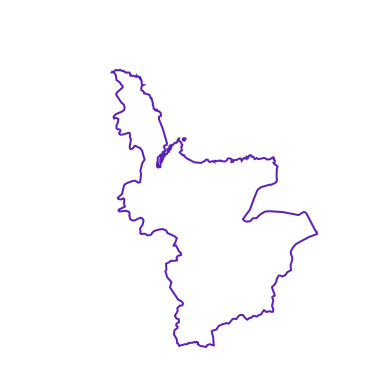 the district of Kutai Timur, Kalimantan Timur, Indonesia, rotated 240°
{"feature_id": "22746128B75924443266043", "entity_name": "Kutai Timur", "entity_type": "district", "adm_level": 2, "iso_a3": "IDN", "parent_name": "Indonesia", "parent_adm1": "Kalimantan Timur", "projection": "orthographic", "projection_center": [118.078, 0.931], "detail": "fine", "context": "isolated", "style": "outline", "palette": "violet", "viewbox_px": 384, "rotation_deg": 240, "n_neighbors": 0, "source": "geoboundaries", "source_scale": "gbopen_adm2", "svg_char_len": 6063}
<svg xmlns="http://www.w3.org/2000/svg" viewBox="0 0 384 384"><g transform="rotate(240 192 192)"><path d="M65.2,104.0L63.6,110.0L62.9,111.2L62.6,112.6L63.0,113.3L61.1,117.4L61.0,118.9L60.0,119.7L60.2,120.7L58.5,122.0L57.3,120.9L54.5,122.3L50.8,126.7L51.8,129.0L51.3,131.2L48.3,134.2L55.8,137.8L61.0,139.1L61.7,140.1L60.7,144.4L62.6,147.9L62.5,150.9L61.2,156.5L59.8,157.6L59.7,158.4L61.6,163.4L61.6,164.3L59.8,167.0L61.3,170.1L61.4,172.3L60.0,174.5L55.3,175.3L53.7,176.3L54.2,178.8L53.4,180.7L54.0,182.1L53.7,183.9L51.7,185.8L52.0,188.7L51.4,190.4L53.7,195.0L53.0,195.7L51.1,196.2L49.9,199.6L48.2,201.3L47.9,202.4L49.7,203.7L53.2,204.3L57.5,208.2L60.7,208.8L61.1,209.8L60.9,211.6L61.5,212.2L69.0,213.4L69.8,214.0L70.6,217.5L72.5,220.4L74.5,222.1L76.2,225.2L75.8,226.5L73.7,228.0L73.4,231.2L74.9,234.5L74.8,238.6L79.2,240.7L83.1,244.8L84.8,246.0L88.8,246.7L91.0,247.7L93.4,251.4L94.9,256.0L94.9,260.3L94.6,270.2L93.1,279.3L95.1,280.0L95.2,279.6L99.5,279.6L116.4,280.4L117.7,279.9L118.6,279.1L118.9,277.7L118.7,272.8L129.3,260.5L136.3,250.0L138.5,245.7L138.5,239.8L137.1,234.8L138.8,231.6L137.6,227.8L139.1,224.3L141.7,222.6L143.1,222.6L147.8,233.5L155.1,242.1L160.3,248.8L161.3,250.7L161.6,254.5L159.5,262.9L158.8,263.8L158.2,268.1L158.6,270.2L160.3,271.8L162.7,272.8L169.2,276.7L171.5,278.9L175.2,277.3L176.5,277.2L176.3,278.3L177.5,279.4L179.3,279.0L179.6,279.8L181.5,279.8L181.4,276.0L182.7,273.1L184.8,272.2L185.5,271.2L187.3,265.8L189.1,265.0L189.1,262.7L191.1,262.5L191.5,262.8L192.8,262.0L192.9,261.3L194.2,261.5L194.9,260.7L194.8,259.1L193.8,258.4L195.1,257.0L193.9,256.8L194.4,256.4L193.8,256.0L194.2,255.9L194.0,255.2L195.5,254.2L194.3,250.9L195.2,251.4L194.7,250.8L195.3,250.7L195.7,251.4L196.2,251.3L197.3,249.7L197.4,247.0L198.6,244.1L198.1,243.4L198.4,242.8L197.7,242.5L198.5,241.5L197.3,241.2L198.6,241.1L199.6,242.2L199.2,242.9L200.3,242.9L202.1,241.7L202.8,240.5L203.1,239.7L202.1,238.1L201.9,236.2L202.3,234.9L205.2,232.1L204.9,231.6L206.1,230.3L206.5,228.3L207.7,227.4L207.6,226.0L207.3,226.0L208.5,225.1L209.0,222.5L210.0,221.9L212.3,221.7L212.6,221.3L212.9,219.8L212.5,218.9L212.6,214.6L216.5,208.9L223.7,204.3L226.5,203.4L228.2,203.7L228.5,204.1L228.0,202.8L228.5,202.3L232.3,201.1L232.9,202.1L233.0,204.0L236.6,205.3L236.9,206.4L237.8,207.2L238.9,206.9L239.8,207.3L243.4,206.5L243.5,204.8L242.6,204.4L242.4,203.1L243.3,201.7L242.4,199.6L242.6,199.0L241.7,196.7L240.2,195.6L239.3,193.2L238.3,192.1L238.5,190.6L237.5,189.3L237.8,187.2L237.0,186.7L236.5,184.8L235.8,184.4L235.2,183.2L235.2,182.3L234.8,181.8L233.7,181.7L233.2,180.7L233.6,180.5L233.8,180.9L233.9,180.1L233.0,180.1L232.7,179.1L231.2,178.3L231.0,177.6L229.7,176.7L230.5,177.9L229.4,177.0L230.1,176.1L230.0,175.1L231.0,174.5L233.3,175.2L235.8,177.6L239.0,179.6L239.3,181.9L240.1,183.4L239.6,185.3L241.2,186.5L241.0,187.8L241.4,189.2L242.6,190.0L245.2,190.3L245.9,191.3L245.5,193.7L246.7,194.7L260.9,198.2L271.5,199.8L273.6,201.0L273.5,203.3L276.2,204.3L278.5,203.7L279.7,202.5L280.8,202.6L280.4,201.6L281.7,200.8L282.4,201.2L283.3,200.4L286.0,201.7L286.8,201.4L288.2,202.4L293.3,203.8L293.8,203.8L293.9,203.1L297.5,203.7L301.5,199.8L302.2,200.3L303.4,200.2L305.5,199.1L307.4,200.0L308.9,201.5L308.9,203.4L309.4,202.7L310.7,202.4L313.9,204.1L316.4,204.1L316.1,203.6L317.3,203.5L317.6,203.7L316.6,204.4L317.4,204.5L319.4,202.8L319.3,201.9L320.6,202.0L320.1,201.3L320.3,200.6L321.6,199.7L323.2,197.3L323.8,197.5L324.1,196.9L325.4,197.6L326.8,197.4L327.3,196.4L328.1,195.8L327.4,196.2L328.1,194.7L329.0,194.5L329.3,193.8L331.0,193.4L332.0,191.8L333.7,190.9L333.9,190.3L333.6,190.5L334.6,188.3L335.9,186.6L335.1,184.7L335.2,183.8L336.1,183.2L335.7,182.4L335.0,183.7L333.8,184.3L331.5,184.5L326.7,182.6L323.1,184.3L320.5,184.3L318.4,184.9L317.5,184.5L317.0,183.3L315.9,177.4L314.8,175.3L313.9,175.0L305.1,175.5L301.7,176.6L299.1,176.0L297.0,174.4L296.6,172.1L297.5,164.8L296.4,161.7L294.7,161.2L294.1,163.4L292.0,164.7L289.4,162.7L287.4,159.9L285.0,158.5L283.4,159.0L282.3,160.7L281.2,160.9L280.3,160.2L279.5,158.2L278.4,158.2L277.3,158.8L276.3,160.9L275.0,166.7L274.4,167.4L272.7,167.0L270.3,165.5L268.1,165.5L262.6,160.8L261.0,160.1L259.8,160.3L259.4,161.4L259.6,163.5L260.5,164.8L260.5,165.8L255.9,169.0L252.6,169.4L243.7,167.1L241.8,163.3L236.6,158.3L235.3,157.5L233.3,157.1L226.5,152.0L226.9,150.2L230.3,148.3L231.2,146.2L232.2,140.3L232.2,137.6L231.4,136.1L225.2,130.4L224.1,124.9L222.7,124.8L221.7,125.9L220.8,127.4L220.8,129.4L220.0,129.8L218.7,129.4L216.3,127.3L212.9,126.6L213.3,119.6L212.2,119.1L211.3,119.6L208.8,125.3L206.4,127.5L204.2,127.1L203.1,126.0L199.4,124.9L197.3,126.1L196.1,127.8L195.6,134.4L194.4,135.5L192.5,135.9L191.4,135.7L188.3,132.8L186.5,129.1L185.7,128.4L183.5,127.7L182.1,126.6L181.1,126.9L179.8,129.8L178.8,130.9L177.6,131.2L176.3,132.3L175.7,134.2L175.6,135.6L176.6,137.2L177.1,139.3L176.5,143.1L174.7,147.9L172.5,149.8L171.2,150.4L168.8,150.2L162.6,154.7L159.7,155.8L156.3,152.0L155.6,150.1L154.7,149.3L153.6,151.4L147.2,151.1L144.5,151.8L143.0,151.2L143.7,147.6L142.9,145.8L140.3,144.9L141.1,142.6L143.0,139.3L142.6,137.3L142.9,133.7L137.7,131.1L136.6,129.3L130.4,127.9L124.3,129.2L120.4,125.2L105.6,126.2L102.9,128.1L101.0,128.6L99.9,128.4L98.9,127.4L98.9,126.1L99.7,124.5L98.7,121.2L96.0,120.0L93.4,115.3L90.2,115.3L88.5,116.9L85.8,115.6L85.7,112.9L85.3,112.3L84.4,111.6L82.6,112.2L81.6,111.6L81.1,107.7L77.8,105.2L72.4,105.2L68.4,103.6L67.5,104.2L65.2,104.0ZM236.2,180.9L234.4,179.8L234.3,180.5L235.3,181.9L235.8,183.9L236.6,184.8L237.7,186.9L238.4,187.6L238.9,187.6L239.3,187.4L238.1,184.2L238.4,183.7L237.0,181.9L236.0,181.3L236.2,180.9ZM242.5,210.4L241.3,210.0L240.2,211.2L240.8,212.6L241.7,213.1L242.7,212.0L242.5,210.4ZM241.4,192.2L240.4,191.3L239.8,191.9L240.8,195.0L241.5,194.6L241.4,192.2ZM240.9,188.4L241.0,186.5L240.4,186.3L240.2,187.9L240.6,188.8L241.1,188.8L240.9,188.4ZM242.4,195.3L241.9,195.8L242.4,195.6L242.3,196.1L243.1,196.8L243.2,195.9L242.4,195.3ZM244.8,207.5L245.0,207.0L244.5,206.3L244.3,207.0L244.8,207.5ZM232.7,176.4L232.3,175.6L231.5,174.9L232.2,176.2L232.7,176.4Z" fill="none" stroke="#5b21b6" stroke-width="2"/></g></svg>